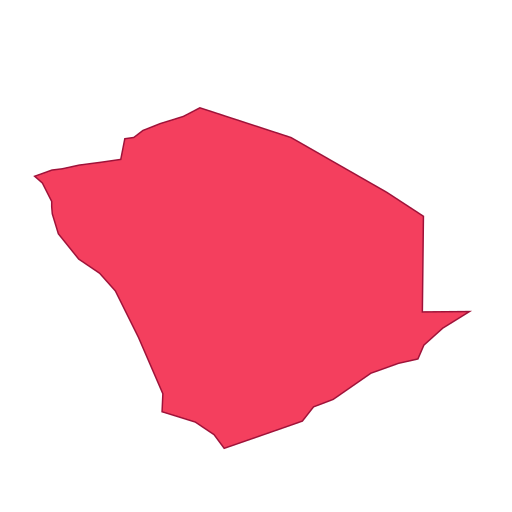 outline of Barh-El-Gazel Ouest, Barh El Gazel, Chad, rotated 334°
{"feature_id": "50815135B59767652467514", "entity_name": "Barh-El-Gazel Ouest", "entity_type": "district", "adm_level": 2, "iso_a3": "TCD", "parent_name": "Chad", "parent_adm1": "Barh El Gazel", "projection": "orthographic", "projection_center": [16.14, 13.385], "detail": "fine", "context": "isolated", "style": "filled", "palette": "rose", "viewbox_px": 512, "rotation_deg": 334, "n_neighbors": 0, "source": "geoboundaries", "source_scale": "gbopen_adm2", "svg_char_len": 645}
<svg xmlns="http://www.w3.org/2000/svg" viewBox="0 0 512 512"><g transform="rotate(334 256 256)"><path d="M193.0,420.9L225.3,424.7L241.6,416.8L262.5,418.7L307.9,411.7L336.9,414.9L356.4,419.5L367.8,409.7L392.2,402.7L423.5,399.5L381.0,379.2L423.9,293.7L401.5,256.2L339.4,164.9L270.5,98.2L251.9,98.7L227.9,95.0L209.4,93.6L198.1,95.9L189.5,93.1L176.8,109.9L157.8,103.8L137.0,96.8L119.8,92.6L110.3,89.3L92.0,87.3L96.0,96.8L96.3,117.4L94.0,122.1L91.4,128.8L88.1,149.4L95.3,181.1L107.9,203.0L114.3,225.8L114.7,277.5L111.9,339.0L103.3,354.8L128.6,378.6L140.0,398.2L143.1,414.9L193.0,420.9Z" fill="#f43f5e" stroke="#9f1239" stroke-width="1.5"/></g></svg>